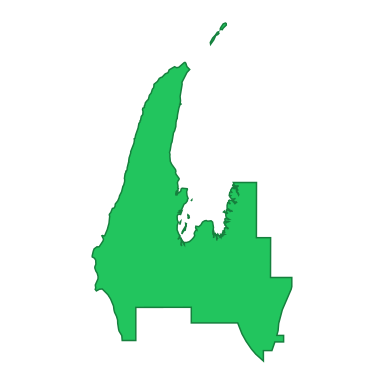 outline of Exmouth, Western Australia, Australia
{"feature_id": "25037944B77099976714827", "entity_name": "Exmouth", "entity_type": "district", "adm_level": 2, "iso_a3": "AUS", "parent_name": "Australia", "parent_adm1": "Western Australia", "projection": "equal_earth", "projection_center": [114.188, -22.318], "detail": "fine", "context": "isolated", "style": "filled", "palette": "green", "viewbox_px": 384, "rotation_deg": 0, "n_neighbors": 0, "source": "geoboundaries", "source_scale": "gbopen_adm2", "svg_char_len": 6047}
<svg xmlns="http://www.w3.org/2000/svg" viewBox="0 0 384 384"><path d="M233.4,182.5L233.8,183.2L233.8,184.5L234.8,185.6L236.2,186.1L237.3,185.8L238.8,186.1L237.9,186.2L236.5,187.9L237.0,188.6L236.7,188.6L236.9,189.3L237.4,189.5L237.8,190.1L237.7,190.7L237.5,189.8L236.8,189.5L237.0,191.8L238.2,193.0L238.8,194.6L238.6,195.1L237.5,192.9L236.6,192.0L236.2,188.9L233.7,186.6L233.3,187.3L234.8,188.9L232.2,187.8L230.7,190.2L230.9,191.3L232.4,192.8L231.2,191.8L230.3,191.8L229.8,192.4L229.2,195.5L229.4,195.9L230.5,195.8L229.9,196.4L230.2,197.5L232.0,199.1L234.1,199.0L235.5,198.3L233.4,199.8L233.2,200.5L235.0,202.1L236.3,201.9L237.0,203.1L236.3,202.1L234.7,202.3L234.3,201.8L234.4,202.5L235.9,203.4L234.9,203.2L235.0,204.3L234.6,203.2L232.1,200.6L229.4,200.1L228.7,200.8L229.2,203.0L229.7,203.4L230.7,203.4L229.6,203.7L228.4,202.2L227.8,202.5L227.1,205.3L227.1,208.7L228.6,209.0L231.1,211.1L231.7,210.7L231.9,211.2L230.2,211.1L230.6,212.0L228.8,210.2L226.6,209.9L226.3,210.3L226.8,212.9L228.0,213.0L227.1,213.4L225.9,212.9L225.8,215.2L226.2,217.5L228.1,218.7L228.1,219.1L229.0,219.4L228.2,219.6L227.3,218.8L225.1,218.7L224.9,219.4L225.1,220.5L226.0,221.3L228.6,221.7L227.6,222.2L226.1,221.7L226.3,223.5L225.5,221.7L224.4,221.6L224.0,222.3L224.2,223.4L225.0,224.4L224.9,225.0L225.5,225.1L226.1,226.1L225.8,227.1L227.7,227.7L228.3,229.1L226.9,227.8L224.6,228.0L224.3,230.8L223.5,230.8L224.5,232.2L225.3,232.3L224.7,232.5L225.1,232.8L223.0,231.6L222.6,232.5L222.9,233.7L224.7,234.4L223.7,234.7L222.6,234.1L221.2,234.2L223.4,236.1L222.0,235.5L222.2,236.2L221.8,236.6L221.7,235.5L220.8,234.8L220.7,235.7L220.3,235.6L220.6,237.3L220.3,237.0L220.1,237.5L219.9,235.2L219.4,236.7L217.8,234.1L216.8,236.1L217.0,237.8L217.6,238.5L217.8,239.0L217.2,238.3L216.8,238.5L216.8,240.6L216.7,237.5L216.2,235.9L216.5,234.7L215.5,235.2L215.3,233.6L214.4,234.1L213.8,231.6L213.2,233.5L214.0,236.1L213.7,237.9L213.5,237.1L213.9,235.9L212.9,233.9L212.8,231.2L213.5,227.6L212.6,222.1L211.1,220.8L207.6,221.2L206.2,220.5L204.5,220.9L202.5,222.1L200.9,224.9L198.8,226.7L195.9,226.2L195.6,227.7L195.9,228.5L196.8,229.3L196.9,230.1L196.2,229.6L194.6,232.3L194.2,233.5L194.7,235.7L193.8,237.3L191.6,239.8L189.3,241.7L186.4,242.5L184.2,242.4L184.4,244.9L183.8,244.1L184.0,243.3L183.5,242.3L183.0,243.4L183.0,242.4L182.4,240.8L181.4,242.1L181.1,243.9L181.6,245.4L181.1,245.9L181.3,245.4L180.9,244.5L181.0,243.1L181.3,241.7L182.0,241.1L181.5,239.5L181.0,240.6L181.1,238.2L180.3,237.9L179.6,236.7L179.1,238.3L177.7,239.4L179.1,238.0L179.4,236.4L180.1,236.0L178.7,234.0L177.1,229.9L177.2,225.4L178.3,222.4L177.3,220.0L177.1,216.1L178.2,214.1L180.6,214.5L181.7,211.5L180.2,212.7L178.6,212.2L179.5,211.6L179.9,212.1L180.4,211.8L180.5,211.3L179.6,210.6L180.2,210.4L180.5,210.9L181.5,209.9L184.0,204.2L185.8,203.0L187.3,200.9L187.5,199.4L188.1,198.5L187.0,195.5L186.6,191.8L187.4,189.2L187.2,188.7L182.1,188.2L181.1,189.1L180.9,190.8L179.1,192.7L178.2,192.9L177.6,193.8L177.6,193.2L177.1,192.6L176.9,194.7L176.3,194.5L176.0,195.5L175.7,194.0L176.2,191.5L177.0,190.8L177.9,191.3L178.0,189.0L178.4,188.4L177.7,187.7L178.0,186.4L177.4,182.8L177.9,181.0L179.0,179.6L179.1,178.5L176.0,174.2L175.5,172.2L175.9,171.3L175.5,169.6L171.7,164.3L170.3,161.4L169.8,156.1L170.0,154.7L169.5,152.3L170.2,150.2L171.2,143.8L172.0,142.0L173.5,132.8L174.6,130.8L175.8,126.6L176.0,122.3L176.6,119.4L177.2,118.7L177.5,115.0L178.9,107.9L180.0,104.6L180.6,104.5L180.8,104.3L180.1,104.0L180.6,103.7L181.1,104.5L180.9,103.8L180.2,103.2L180.5,100.8L180.1,96.5L182.1,84.5L182.0,82.2L187.0,72.4L189.7,69.5L186.9,66.6L185.8,63.2L185.0,62.4L184.2,62.6L178.8,67.3L176.6,67.7L174.6,66.7L169.2,69.8L168.0,72.7L165.3,73.8L161.8,77.4L161.2,77.3L159.3,78.4L157.5,81.4L154.0,84.3L153.9,86.4L153.5,87.9L152.4,89.2L151.2,93.0L149.4,95.3L148.3,99.6L147.5,100.1L145.4,102.7L144.7,105.6L144.2,106.1L144.4,107.5L142.8,108.2L142.5,109.8L143.0,111.4L142.8,114.5L141.3,116.4L140.5,120.5L140.1,120.7L140.0,121.9L138.9,123.5L138.1,128.0L135.6,135.1L135.0,138.3L134.2,138.7L134.4,140.5L133.9,143.4L130.7,151.6L130.7,153.0L129.1,157.9L128.7,161.0L128.9,162.0L128.6,162.0L127.2,167.7L127.1,169.6L126.4,171.0L125.8,171.2L126.0,171.9L125.1,173.7L124.4,178.5L124.7,179.6L124.6,181.7L123.7,185.1L122.9,186.4L121.6,191.7L119.5,195.9L119.2,197.5L117.8,200.8L115.3,204.0L115.0,206.6L113.8,208.2L112.4,208.4L110.8,212.4L109.4,214.3L109.3,215.0L109.7,216.1L109.0,223.2L107.3,229.5L104.7,235.7L103.9,236.0L102.6,235.5L101.9,235.8L103.5,239.1L103.0,241.0L99.3,246.6L97.9,247.0L97.1,246.7L94.2,248.8L93.3,251.1L92.2,255.8L92.2,256.9L94.5,258.2L95.7,260.2L95.9,264.2L94.9,266.7L94.8,267.9L95.8,270.9L97.2,273.2L98.1,276.6L98.0,278.8L95.3,285.0L95.7,287.9L95.2,289.4L96.4,290.9L99.5,289.2L102.3,289.0L107.9,294.7L110.6,299.0L113.5,306.0L114.0,309.9L114.6,312.3L116.5,316.3L117.6,320.0L117.7,323.2L118.6,329.3L119.1,331.1L121.8,335.6L122.2,340.5L135.8,340.5L135.8,307.4L191.3,307.3L191.3,322.9L237.7,322.9L242.0,333.9L246.1,341.3L251.4,349.0L255.8,354.2L263.4,361.0L263.4,350.6L271.9,350.6L274.9,341.9L283.6,341.9L283.6,335.4L276.8,335.4L278.1,330.6L278.7,323.4L282.3,309.8L291.2,289.2L291.8,286.6L291.8,277.5L270.5,277.5L270.6,237.7L256.4,237.7L256.5,182.5L233.4,182.5ZM210.6,44.3L213.7,40.0L215.8,35.4L217.7,34.6L218.9,33.4L218.5,32.7L218.6,31.8L217.4,32.2L215.4,35.1L212.7,38.0L210.3,42.4L210.6,44.3ZM220.3,29.5L220.6,29.2L222.2,29.7L223.3,28.0L226.3,25.1L226.2,23.5L225.4,23.0L223.2,23.9L221.1,27.0L220.3,28.5L220.3,29.5ZM185.8,225.7L182.3,231.6L181.8,234.0L183.8,230.7L185.2,230.2L185.7,227.3L186.3,226.0L186.1,225.0L186.4,223.7L185.6,223.3L185.8,225.7ZM188.6,218.3L189.3,217.7L188.9,215.6L187.9,214.8L187.8,215.5L188.2,216.3L188.0,218.0L188.6,218.3ZM225.2,212.8L225.3,212.1L224.8,212.0L224.4,211.1L223.5,212.0L225.2,212.8ZM180.0,222.1L179.8,224.5L180.1,224.0L180.0,223.3L180.4,223.0L180.7,221.3L180.0,222.1ZM236.0,187.4L236.7,187.1L236.8,186.7L235.2,186.3L236.0,187.4ZM233.4,186.4L233.7,186.2L233.5,185.1L233.0,184.8L232.7,185.5L233.4,186.4ZM190.9,200.9L191.8,200.2L191.8,199.9L190.9,200.9Z" fill="#22c55e" stroke="#15803d" stroke-width="1.5"/></svg>